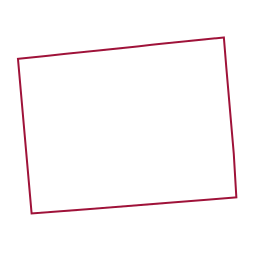 Taney, Missouri, United States of America, rotated 174°
{"feature_id": "52423323B86521860314326", "entity_name": "Taney", "entity_type": "district", "adm_level": 2, "iso_a3": "USA", "parent_name": "United States of America", "parent_adm1": "Missouri", "projection": "equal_earth", "projection_center": [-93.064, 36.657], "detail": "fine", "context": "isolated", "style": "outline", "palette": "rose", "viewbox_px": 256, "rotation_deg": 174, "n_neighbors": 0, "source": "geoboundaries", "source_scale": "gbopen_adm2", "svg_char_len": 413}
<svg xmlns="http://www.w3.org/2000/svg" viewBox="0 0 256 256"><g transform="rotate(174 128 128)"><path d="M177.8,51.5L87.5,49.2L57.3,48.4L27.5,47.7L25.5,91.4L23.9,178.2L23.2,208.0L31.5,208.0L32.5,208.1L85.8,208.3L95.4,208.3L109.5,208.1L110.0,208.1L116.9,208.1L117.3,208.1L183.7,208.3L183.8,208.3L199.0,208.2L204.8,208.2L230.2,208.3L232.8,53.1L177.8,51.5Z" fill="none" stroke="#9f1239" stroke-width="2"/></g></svg>